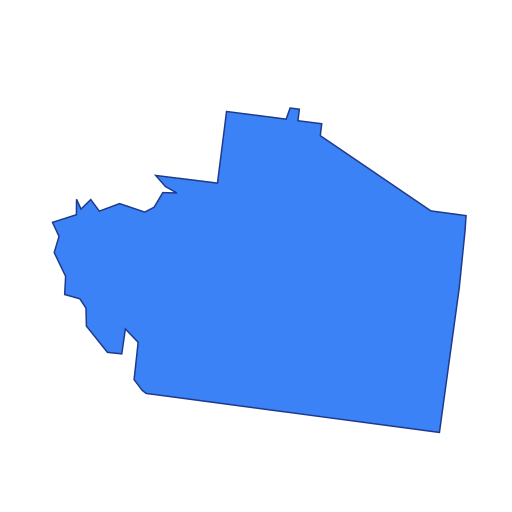 outline of Macon, Alabama, United States of America, rotated 8°
{"feature_id": "52423323B34144827866245", "entity_name": "Macon", "entity_type": "district", "adm_level": 2, "iso_a3": "USA", "parent_name": "United States of America", "parent_adm1": "Alabama", "projection": "robinson", "projection_center": [-85.83, 32.414], "detail": "fine", "context": "isolated", "style": "filled", "palette": "blue", "viewbox_px": 512, "rotation_deg": 8, "n_neighbors": 0, "source": "geoboundaries", "source_scale": "gbopen_adm2", "svg_char_len": 660}
<svg xmlns="http://www.w3.org/2000/svg" viewBox="0 0 512 512"><g transform="rotate(8 256 256)"><path d="M145.5,190.2L156.6,199.8L168.9,204.6L154.9,206.2L148.3,221.9L139.7,228.0L113.6,223.1L94.6,233.4L84.5,223.1L76.2,233.9L70.4,224.8L72.4,240.1L49.8,251.0L58.2,264.0L55.7,280.7L70.3,302.6L71.9,320.8L87.5,322.9L94.9,331.3L97.8,349.0L122.3,372.1L136.7,371.6L136.8,346.4L151.3,357.9L152.5,395.4L162.0,404.9L166.4,407.4L462.2,405.2L461.7,259.4L459.5,202.2L458.4,186.8L422.9,187.0L302.9,127.9L302.7,115.9L278.7,116.2L278.5,104.6L269.2,104.7L266.8,116.3L206.7,117.0L207.0,135.5L207.7,189.2L145.5,190.2Z" fill="#3b82f6" stroke="#1e3a8a" stroke-width="1.5"/></g></svg>